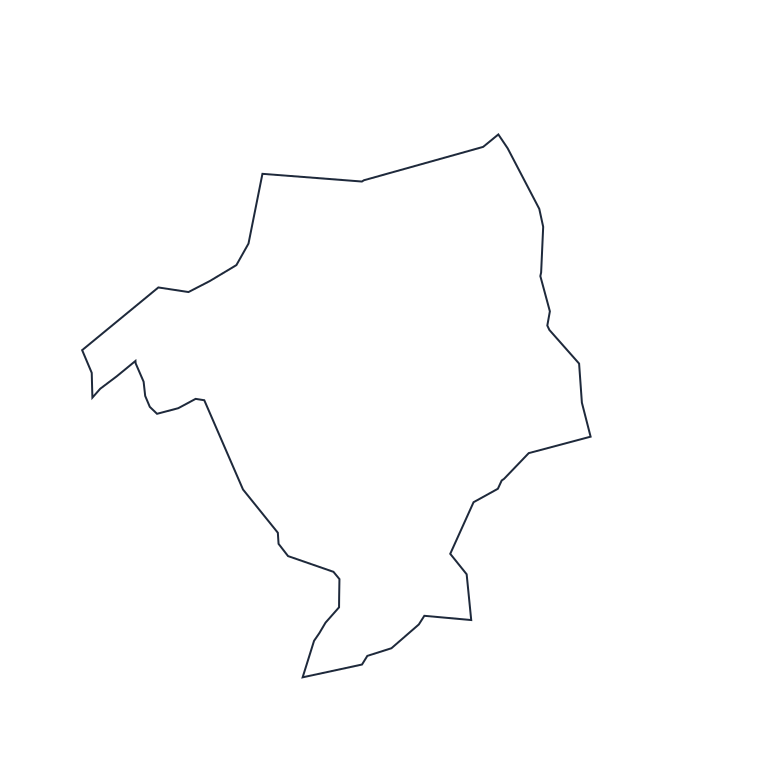 Urue Offong/Oruko, Akwa Ibom, Nigeria (orthographic projection), rotated 143°
{"feature_id": "59680162B91433810506609", "entity_name": "Urue Offong/Oruko", "entity_type": "district", "adm_level": 2, "iso_a3": "NGA", "parent_name": "Nigeria", "parent_adm1": "Akwa Ibom", "projection": "orthographic", "projection_center": [8.177, 4.73], "detail": "fine", "context": "isolated", "style": "outline", "palette": "slate", "viewbox_px": 768, "rotation_deg": 143, "n_neighbors": 0, "source": "geoboundaries", "source_scale": "gbopen_adm2", "svg_char_len": 898}
<svg xmlns="http://www.w3.org/2000/svg" viewBox="0 0 768 768"><g transform="rotate(143 384 384)"><path d="M456.4,143.0L432.5,182.3L433.3,208.5L383.6,235.7L356.1,231.8L348.1,236.1L345.2,236.0L310.0,241.7L250.7,217.6L237.2,250.0L215.9,282.9L219.4,327.6L218.4,332.4L207.8,342.2L194.2,376.1L191.4,378.5L162.3,413.7L154.6,430.4L143.4,497.8L142.5,514.5L162.1,513.7L277.4,558.8L279.8,559.0L354.6,625.0L407.7,577.7L430.3,567.8L461.4,571.1L484.8,575.1L506.1,596.9L604.7,592.7L610.7,568.8L625.1,548.6L613.5,551.0L592.6,551.0L568.6,552.0L569.9,550.0L574.6,530.5L581.9,518.2L584.8,506.7L583.2,496.8L562.9,488.5L543.4,485.5L537.3,479.2L560.1,384.6L558.3,329.1L564.4,319.8L564.2,304.3L537.4,264.4L537.0,255.0L548.0,240.9L554.3,232.7L574.3,228.6L585.7,223.9L594.4,221.0L625.5,198.7L570.4,173.2L560.9,176.9L537.1,168.5L500.9,171.0L491.3,174.6L456.4,143.0Z" fill="none" stroke="#1e293b" stroke-width="2"/></g></svg>